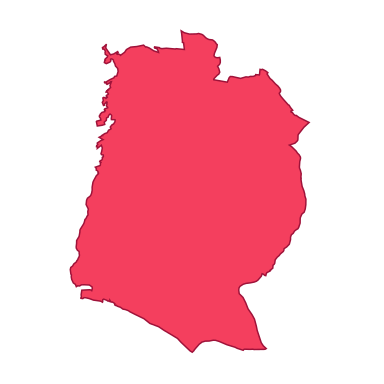 outline of Stoina, Gorj, Romania, rotated 5°
{"feature_id": "2599482B4391298205138", "entity_name": "Stoina", "entity_type": "district", "adm_level": 2, "iso_a3": "ROU", "parent_name": "Romania", "parent_adm1": "Gorj", "projection": "mercator", "projection_center": [23.622, 44.679], "detail": "fine", "context": "isolated", "style": "filled", "palette": "rose", "viewbox_px": 384, "rotation_deg": 5, "n_neighbors": 0, "source": "geoboundaries", "source_scale": "gbopen_adm2", "svg_char_len": 5807}
<svg xmlns="http://www.w3.org/2000/svg" viewBox="0 0 384 384"><g transform="rotate(5 192 192)"><path d="M85.0,296.4L86.3,295.4L88.2,295.4L90.0,294.1L92.6,293.8L97.9,293.6L100.8,295.3L101.1,297.1L100.7,299.0L99.8,298.4L98.5,298.3L90.8,299.4L90.5,304.0L90.9,305.8L90.8,307.0L90.5,307.2L90.6,307.6L92.5,307.7L93.6,306.7L95.4,306.6L98.9,307.1L103.3,308.3L109.3,308.6L110.9,308.8L112.4,309.6L112.6,309.2L112.5,307.0L113.4,306.4L116.8,307.4L117.4,307.9L118.0,307.7L119.2,308.3L119.6,308.0L119.6,307.0L120.9,308.7L122.5,308.6L124.0,309.4L125.0,310.2L124.8,311.1L125.7,311.7L126.6,311.5L127.3,312.2L130.8,313.1L133.4,314.7L135.8,314.9L139.1,315.8L140.3,316.6L146.0,318.9L153.4,321.7L155.2,322.4L161.5,326.6L170.5,329.1L176.3,332.3L190.3,339.1L194.1,342.6L204.0,350.5L206.2,351.6L207.8,349.8L207.8,349.5L209.3,347.3L212.6,342.8L214.0,341.7L214.7,340.8L218.2,339.4L222.0,339.0L226.1,337.8L228.4,337.7L232.1,338.5L240.1,341.1L248.5,342.9L250.7,343.8L256.8,345.2L257.4,344.3L258.2,344.0L263.5,343.7L266.4,343.3L267.4,343.5L277.3,342.5L278.5,342.3L279.6,341.5L276.4,339.0L274.1,336.1L269.0,324.2L267.8,320.1L265.3,313.2L262.5,309.0L258.0,303.5L255.2,297.8L252.0,292.6L247.9,289.2L247.1,285.6L247.2,283.5L248.0,281.8L251.1,279.4L253.9,278.3L258.1,277.4L261.8,276.3L263.9,275.3L265.4,274.0L268.4,269.8L269.0,267.3L270.1,267.6L271.9,268.8L272.8,268.9L273.1,267.0L273.6,265.8L276.7,263.9L277.0,263.5L276.6,263.2L279.1,260.9L279.1,257.9L280.1,256.9L280.6,255.9L280.8,252.3L282.6,249.5L284.3,247.8L285.4,246.0L288.1,243.3L288.5,242.4L288.7,240.4L291.1,238.5L293.5,235.5L294.3,231.0L294.1,228.3L294.7,226.0L296.5,224.2L297.5,222.0L299.2,220.4L300.7,219.4L301.4,217.9L302.4,213.6L302.1,209.2L302.2,207.9L303.4,204.4L305.5,202.3L306.3,199.0L306.5,194.8L306.1,189.2L304.8,186.1L304.4,184.0L303.3,181.0L301.2,176.8L299.4,169.8L299.6,169.5L299.4,168.3L299.2,168.3L299.2,164.3L298.1,161.0L297.0,158.8L296.8,157.6L296.7,152.2L297.2,149.3L297.0,147.8L295.5,145.6L293.6,144.0L292.2,142.2L287.5,138.3L284.9,136.8L290.3,134.4L292.1,132.4L292.8,131.3L292.9,130.4L292.7,126.1L292.9,125.4L297.8,117.8L302.6,112.5L291.9,108.3L289.2,106.6L288.1,106.8L286.7,105.9L285.0,104.0L283.9,103.9L283.5,102.8L285.2,101.8L282.7,99.2L281.2,97.1L280.2,96.7L275.0,91.8L272.1,88.9L270.8,87.1L270.3,86.0L271.4,84.4L271.4,83.2L271.2,82.4L270.2,80.9L268.4,79.0L265.6,77.0L262.1,73.7L259.8,72.1L256.5,67.9L257.2,66.5L254.9,65.0L252.4,63.9L251.3,63.6L250.6,64.1L249.1,63.9L249.0,69.2L248.9,69.5L245.2,69.5L245.2,70.4L243.0,71.5L239.9,71.8L238.2,72.6L235.7,72.6L230.5,74.6L222.2,73.5L220.1,73.6L219.1,74.8L217.6,79.5L203.9,78.3L203.8,77.8L204.3,76.8L207.2,73.2L208.3,72.4L209.2,70.2L208.0,66.9L206.5,64.5L208.3,62.5L208.9,60.6L208.7,58.1L207.9,55.5L206.0,56.0L204.2,56.0L202.6,55.2L202.0,54.3L202.3,51.8L204.2,45.8L204.3,43.0L203.0,42.0L202.4,40.9L200.3,39.3L199.1,38.7L195.6,38.6L193.8,38.0L192.2,37.1L189.6,34.9L188.0,34.1L184.7,33.5L182.9,34.1L175.7,34.9L170.4,34.0L167.2,32.4L167.9,35.1L169.3,42.4L169.4,43.8L170.6,44.1L172.0,50.7L163.6,50.6L163.1,51.0L153.9,51.0L149.5,51.8L147.6,51.6L146.9,51.0L142.1,50.7L142.0,51.4L142.5,52.0L144.5,52.1L145.1,52.7L145.0,53.3L145.9,54.1L146.5,55.9L141.6,54.7L136.7,52.2L134.1,51.4L133.1,51.6L131.0,49.9L124.3,51.9L118.3,53.0L114.7,55.5L114.1,56.1L112.7,58.7L108.8,62.1L108.4,61.5L108.0,61.3L107.0,61.1L105.7,61.4L105.0,61.0L105.0,60.4L106.3,59.6L105.7,58.6L101.8,61.4L98.8,62.4L93.8,56.4L93.5,55.3L93.8,52.7L93.6,52.6L91.6,54.9L90.2,55.9L90.6,57.4L91.6,57.3L92.9,58.4L93.4,59.5L93.2,60.4L93.6,62.4L96.2,63.8L95.8,65.1L93.9,67.1L93.7,67.9L94.2,68.2L93.6,69.0L93.4,70.7L95.4,71.6L98.6,69.9L99.3,69.3L99.7,68.3L99.3,66.8L99.6,66.6L100.1,66.4L101.3,66.7L102.1,67.3L102.4,68.5L104.0,71.0L104.8,73.2L107.2,75.4L107.9,78.3L106.9,83.0L104.8,83.6L104.3,85.0L100.5,87.2L96.6,90.0L96.0,90.3L95.5,89.9L95.2,90.2L95.6,90.9L97.4,90.9L97.4,91.8L98.0,92.2L100.5,90.5L101.3,89.3L102.1,89.1L101.0,93.1L101.8,95.1L100.3,96.4L100.1,97.2L99.3,97.4L99.4,97.9L98.3,98.5L97.7,99.7L97.7,100.0L98.7,99.7L100.1,101.5L100.0,102.0L98.4,103.2L98.2,103.7L98.7,104.9L99.2,104.7L99.4,105.0L98.1,106.3L97.2,105.6L95.6,105.5L95.0,106.1L95.7,108.8L94.8,110.5L96.3,113.5L97.1,113.2L97.4,111.6L98.1,110.9L98.7,109.9L99.3,109.7L99.6,110.0L99.3,111.2L99.7,111.8L99.2,113.5L99.7,114.2L100.3,114.5L100.7,115.4L97.7,116.9L97.5,117.7L98.4,118.3L98.0,118.8L98.1,119.5L95.3,120.6L93.8,122.5L93.7,123.5L93.2,123.8L93.1,124.7L93.3,125.3L94.4,126.5L94.9,128.3L90.9,129.7L90.6,130.2L91.9,134.5L96.5,133.4L99.2,132.3L98.5,130.1L100.4,128.1L100.4,125.6L101.9,124.8L102.3,123.1L103.1,121.8L103.7,121.5L105.0,122.4L105.3,123.0L105.2,126.0L105.4,126.9L109.0,126.7L109.2,127.4L109.1,128.8L107.9,131.2L106.5,131.9L106.2,132.7L105.1,133.8L105.0,134.7L105.8,135.7L105.7,136.3L103.5,137.7L102.7,139.7L102.0,140.6L100.2,141.3L98.2,142.8L98.1,143.6L97.3,143.5L96.6,144.4L94.7,145.6L98.8,147.6L96.6,148.8L93.4,151.4L93.4,151.9L94.0,153.1L93.0,154.0L92.9,155.2L93.9,155.4L93.9,156.8L97.6,153.3L98.8,155.9L98.5,159.4L98.0,161.8L98.6,162.7L100.4,162.9L100.6,164.3L100.2,164.6L100.2,165.1L99.6,165.4L99.8,166.9L99.6,167.6L98.8,168.5L97.9,168.7L97.4,169.9L98.7,170.5L98.2,171.5L98.4,173.1L98.2,173.6L93.5,175.7L94.6,176.9L94.7,178.6L95.8,179.0L96.8,180.1L97.0,180.7L96.6,181.2L97.2,181.9L95.3,184.1L93.1,189.1L92.5,190.9L92.1,195.8L92.4,199.0L92.1,201.9L91.5,204.0L90.9,205.0L88.4,207.3L87.7,209.4L87.6,213.7L90.2,218.0L89.9,220.6L90.4,224.0L89.6,225.2L88.6,227.9L87.8,228.6L87.3,231.7L86.8,233.3L83.9,239.0L83.7,240.1L83.8,241.7L83.4,246.1L81.3,250.4L81.5,253.3L81.4,256.6L81.6,258.0L83.0,260.1L84.3,260.8L84.8,261.4L85.0,263.3L85.4,264.7L85.3,265.6L84.9,267.1L84.4,267.9L84.1,269.4L83.3,270.4L82.9,271.7L80.5,274.0L79.5,276.2L77.8,277.7L77.5,279.9L78.5,284.4L79.1,285.0L79.1,287.1L79.8,289.6L81.7,292.9L83.9,294.2L85.0,296.4Z" fill="#f43f5e" stroke="#9f1239" stroke-width="1.5"/></g></svg>